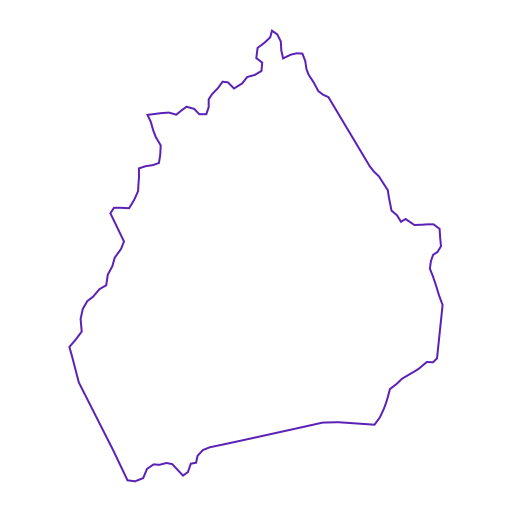 outline of Alagoa Grande, Paraíba, Brazil
{"feature_id": "56859067B59580125040943", "entity_name": "Alagoa Grande", "entity_type": "district", "adm_level": 2, "iso_a3": "BRA", "parent_name": "Brazil", "parent_adm1": "Paraíba", "projection": "equal_earth", "projection_center": [-35.603, -7.048], "detail": "fine", "context": "isolated", "style": "outline", "palette": "violet", "viewbox_px": 512, "rotation_deg": 0, "n_neighbors": 0, "source": "geoboundaries", "source_scale": "gbopen_adm2", "svg_char_len": 1706}
<svg xmlns="http://www.w3.org/2000/svg" viewBox="0 0 512 512"><path d="M405.6,219.0L401.0,221.8L397.1,215.4L391.5,210.6L390.1,203.5L388.8,196.8L387.8,190.2L383.2,183.1L378.9,176.3L374.0,171.7L369.7,166.2L328.4,97.1L323.2,94.8L318.3,91.1L313.7,82.4L308.7,74.9L306.4,68.9L305.3,61.2L302.4,53.6L296.7,53.3L290.7,54.7L283.1,58.4L281.3,50.4L280.8,41.5L277.3,34.4L272.0,30.7L270.2,37.3L264.6,42.6L257.6,47.9L256.3,58.1L262.2,62.6L261.5,70.9L254.9,74.9L247.2,77.0L242.2,83.4L234.0,88.5L228.0,82.4L222.6,81.7L217.7,88.4L212.1,94.1L208.7,99.3L208.7,107.1L206.3,114.2L199.3,114.2L194.2,108.9L186.6,106.7L181.3,110.6L176.2,114.7L169.0,112.6L161.3,113.1L154.4,114.0L147.5,114.9L150.9,122.1L153.1,130.0L155.7,136.9L160.7,145.4L160.2,155.2L158.9,163.0L153.0,165.1L145.6,166.2L138.9,168.4L139.0,177.0L138.4,184.5L138.1,191.1L134.1,200.0L129.1,208.2L120.8,207.8L114.0,207.8L110.4,213.3L124.0,241.5L121.0,249.0L114.7,257.7L112.3,266.3L107.8,274.6L106.2,285.3L99.5,289.1L93.1,296.7L87.3,301.1L82.8,308.9L80.6,318.9L81.7,331.6L75.3,340.1L69.4,346.9L72.4,357.7L78.8,382.4L91.5,407.5L113.1,450.1L127.5,480.3L135.1,481.3L143.2,478.1L147.0,468.9L153.6,464.4L159.4,464.8L166.4,463.0L172.2,464.1L183.0,475.6L187.9,472.1L190.8,463.7L196.1,462.7L197.5,455.9L202.8,450.1L209.7,447.3L235.2,441.9L311.9,425.0L322.6,422.6L338.0,422.2L374.5,424.7L379.8,417.5L383.7,409.2L386.2,402.5L388.0,396.4L389.9,389.1L396.8,383.8L401.9,378.8L408.5,374.9L418.3,369.1L426.8,362.0L433.0,362.3L437.0,358.4L442.6,305.0L438.9,295.0L436.2,286.0L432.8,276.0L429.9,268.7L430.9,261.2L433.1,254.8L437.5,252.0L441.0,246.2L440.2,238.0L439.6,228.9L433.5,224.3L427.5,224.3L422.4,224.7L414.4,225.0L405.6,219.0Z" fill="none" stroke="#5b21b6" stroke-width="2"/></svg>